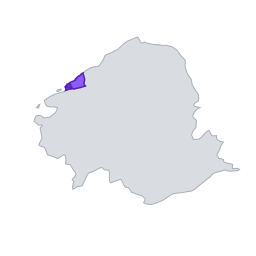 Mondol Seima, Kaôh Kong, Cambodia (highlighted), rotated 69°
{"feature_id": "14789045B23229264663112", "entity_name": "Mondol Seima", "entity_type": "district", "adm_level": 2, "iso_a3": "KHM", "parent_name": "Cambodia", "parent_adm1": "Kaôh Kong", "projection": "equal_earth", "projection_center": [102.98, 11.754], "detail": "fine", "context": "in_parent", "style": "filled", "palette": "violet", "viewbox_px": 256, "rotation_deg": 69, "n_neighbors": 0, "source": "geoboundaries", "source_scale": "gbopen_adm2", "svg_char_len": 5500}
<svg xmlns="http://www.w3.org/2000/svg" viewBox="0 0 256 256"><g transform="rotate(69 128 128)"><path d="M206.6,38.7L207.1,41.0L205.8,45.3L204.5,49.2L201.9,52.6L201.8,55.1L200.9,62.6L201.3,65.0L201.9,67.1L202.8,68.2L205.1,75.5L207.2,82.2L209.2,87.7L209.6,91.2L207.8,100.1L205.7,108.2L205.9,112.2L206.9,116.3L207.9,121.7L208.3,128.6L207.8,133.1L206.8,135.9L205.0,138.7L203.3,140.2L201.4,137.8L199.8,137.7L197.7,138.4L196.1,139.5L192.8,143.7L189.1,147.8L183.9,148.9L182.0,151.9L179.8,152.3L175.7,152.5L173.1,153.2L173.2,154.7L173.0,161.9L173.1,163.6L172.7,164.1L170.9,164.3L167.7,163.2L163.5,161.4L160.5,161.1L159.0,164.3L158.1,165.5L156.9,165.7L155.7,166.3L155.3,167.7L155.2,169.4L155.8,172.4L156.1,177.2L155.9,180.5L157.0,182.5L163.5,189.5L165.4,191.2L165.6,192.2L164.5,196.0L165.6,201.3L163.5,201.2L160.2,198.9L158.5,197.5L156.6,198.7L155.9,198.4L154.6,195.8L152.8,193.2L151.1,193.0L147.3,194.0L143.5,194.8L142.0,194.8L141.4,195.2L139.2,199.2L138.3,198.5L134.4,197.0L130.9,196.4L130.1,197.5L130.6,200.7L131.3,203.9L130.9,205.2L129.0,206.9L126.4,209.9L124.8,212.2L123.7,212.8L119.8,212.7L116.0,213.0L114.4,215.2L112.9,216.9L111.7,217.3L106.6,211.9L96.5,210.0L95.4,207.6L94.4,207.1L93.5,210.3L87.9,213.3L85.6,211.4L83.9,209.3L84.2,206.6L85.8,204.4L88.5,202.8L89.8,197.3L87.7,190.3L85.9,188.2L83.9,186.6L81.9,189.2L80.2,193.7L78.4,196.0L75.8,196.5L72.1,196.3L70.7,189.7L70.2,183.9L70.7,177.4L71.3,173.5L67.7,168.2L67.5,163.1L65.8,160.5L65.3,161.8L65.4,163.3L64.9,162.2L59.3,147.3L58.3,140.4L59.3,135.1L59.8,133.3L58.2,130.5L56.0,127.3L51.9,123.2L51.7,116.6L50.8,108.8L49.6,106.2L47.7,101.4L46.7,97.4L46.4,87.0L46.9,86.1L49.8,85.8L53.4,85.1L54.0,83.4L53.4,82.0L55.7,79.6L59.0,74.5L61.6,69.0L63.5,65.6L64.6,62.2L68.4,57.4L73.5,54.1L77.1,53.3L80.7,52.2L84.2,50.6L85.9,50.4L90.3,52.4L92.6,52.9L95.1,52.8L97.7,53.1L99.9,52.9L105.2,51.5L110.9,52.6L116.0,51.7L122.2,50.2L125.3,51.1L128.1,52.7L128.5,55.9L129.2,57.3L130.1,58.5L131.3,58.5L132.9,56.2L134.3,54.0L134.7,53.5L134.8,54.7L135.4,57.1L136.6,59.6L137.8,61.2L139.9,63.3L141.2,63.5L145.4,61.4L151.9,64.4L152.6,65.9L154.7,68.9L157.0,71.0L162.0,71.2L163.8,65.9L162.9,62.6L160.0,57.0L159.2,53.7L160.1,53.1L164.9,52.5L165.7,51.8L166.8,48.1L168.1,48.6L170.8,49.0L173.6,46.5L175.3,43.9L176.2,45.1L177.2,47.0L178.3,48.0L180.3,49.6L182.6,51.8L184.0,54.0L185.1,54.8L188.0,54.2L188.8,54.3L190.4,51.7L191.6,50.2L192.6,50.7L194.0,50.6L197.0,47.2L198.7,44.2L199.6,43.3L202.3,44.9L203.4,44.6L204.9,40.3L206.6,38.7ZM68.8,180.9L68.3,181.2L67.7,181.2L67.2,180.6L67.3,178.2L67.6,176.8L68.5,176.5L68.8,180.9ZM77.3,204.5L76.1,206.1L74.3,202.8L74.3,201.8L77.3,204.5Z" fill="#d9dde1" stroke="#a8b0b8" stroke-width="1"/><path d="M70.5,168.8L70.4,168.5L70.4,168.3L70.4,168.1L70.8,168.1L71.0,168.1L71.1,167.9L71.1,167.7L71.1,167.4L71.1,167.2L71.2,166.9L71.1,166.7L71.3,166.6L71.3,166.3L71.4,166.2L71.4,165.9L71.4,165.7L71.5,165.6L71.6,165.4L71.7,165.1L71.7,164.9L71.8,164.7L71.9,164.4L72.0,164.3L72.0,164.2L72.2,163.9L72.3,164.0L73.2,157.5L73.6,152.6L73.4,152.6L73.1,153.0L72.9,153.1L72.7,153.1L72.6,153.3L72.4,153.3L72.2,153.2L71.8,153.3L71.7,153.4L71.1,153.3L70.8,153.2L70.4,152.9L70.1,152.7L69.8,152.6L68.9,152.1L68.6,151.9L68.0,151.5L67.3,151.2L66.6,150.9L61.1,150.5L60.6,150.1L60.5,150.5L60.5,150.8L60.5,151.0L60.6,151.3L60.6,151.6L60.7,151.8L60.7,152.0L60.9,152.0L61.0,152.1L61.0,152.3L61.1,152.5L61.1,152.8L61.2,153.0L61.3,153.2L61.4,153.3L61.5,153.3L61.6,153.6L61.7,153.8L61.6,154.1L61.7,154.4L61.8,154.5L61.9,154.9L61.9,155.0L61.9,155.3L61.8,155.5L61.9,156.1L62.0,156.3L62.1,156.5L62.2,156.8L62.3,157.1L62.5,157.3L62.6,157.5L62.7,157.8L62.7,158.0L62.8,158.2L62.9,158.3L63.0,158.3L63.2,158.5L63.2,158.8L63.3,159.1L63.5,159.2L63.6,159.3L63.9,159.4L63.8,159.5L63.7,159.7L63.7,159.8L63.8,159.8L64.0,159.9L64.1,160.0L64.2,160.3L64.4,160.5L64.5,160.9L64.5,161.1L64.6,161.3L64.6,161.6L64.6,161.8L64.7,162.3L64.6,162.6L64.6,162.9L64.7,163.1L64.7,163.3L64.7,163.7L64.7,163.9L64.7,164.4L64.7,164.5L64.7,164.8L64.7,165.0L64.8,165.5L64.7,165.6L64.7,165.9L64.9,166.2L64.9,166.5L65.0,166.5L65.0,166.4L65.2,166.6L65.2,166.8L65.4,167.0L65.5,167.4L65.5,167.5L65.5,167.8L65.4,167.7L65.3,167.8L65.3,168.0L65.3,168.3L65.4,168.2L65.5,168.2L65.6,168.3L65.7,168.7L65.8,169.0L66.0,169.2L66.0,169.4L65.9,169.7L65.9,169.8L65.9,170.0L66.1,170.3L66.2,170.5L66.3,170.6L66.4,170.9L66.5,170.9L66.7,171.0L66.8,171.1L67.0,171.3L66.9,171.4L66.9,171.5L67.0,171.9L67.0,172.0L67.3,172.1L67.5,172.0L67.8,171.9L68.0,171.9L68.5,172.0L68.6,171.9L69.0,171.9L69.2,172.0L69.4,172.1L69.5,172.1L69.8,172.2L69.9,172.3L70.1,172.5L70.1,172.4L70.2,172.5L70.3,172.4L70.3,172.2L70.4,172.3L70.4,172.2L70.6,172.0L70.7,171.9L70.6,171.7L70.6,171.3L70.6,171.2L70.7,170.7L70.7,169.9L70.6,169.7L70.7,169.4L70.5,168.8ZM69.9,165.7L70.2,166.0L70.2,167.0L70.3,167.3L70.2,167.3L70.3,167.6L70.4,167.8L70.3,168.0L70.2,168.0L69.6,168.1L69.4,168.0L69.2,168.0L69.3,168.0L69.2,168.0L69.2,167.9L69.2,168.0L69.2,168.3L69.3,168.4L69.2,168.5L69.0,168.4L68.9,168.2L68.7,168.2L68.7,168.3L68.7,168.6L68.7,168.8L68.6,169.0L68.6,169.5L68.6,169.8L68.6,170.0L68.4,170.1L68.0,170.0L67.9,170.0L67.6,170.2L67.6,170.3L67.4,170.2L67.3,169.9L67.2,169.7L67.1,169.4L66.7,169.4L66.5,169.1L66.4,168.9L66.4,168.7L66.5,168.5L66.6,167.4L66.6,166.7L66.7,166.3L66.8,166.1L67.1,166.0L67.3,166.1L67.5,166.1L67.6,166.3L67.6,166.5L67.7,166.8L67.8,166.8L67.9,166.7L68.0,166.7L68.1,166.8L68.2,166.7L68.4,166.7L68.5,166.4L68.7,166.2L68.8,166.2L69.0,166.2L69.3,166.2L69.5,166.0L69.6,165.9L69.8,165.7L69.9,165.7Z" fill="#8b5cf6" stroke="#5b21b6" stroke-width="1.5"/></g></svg>